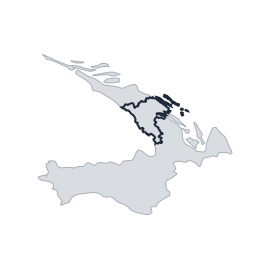 Zadarska highlighted on a map of Croatia, rotated 169°
{"feature_id": "HRV-1493", "entity_name": "Zadarska", "entity_type": "County", "adm_level": 1, "iso_a3": "HRV", "parent_name": "Croatia", "parent_adm1": "", "projection": "equal_earth", "projection_center": [15.553, 44.407], "detail": "fine", "context": "in_parent", "style": "outline", "palette": "slate", "viewbox_px": 256, "rotation_deg": 169, "n_neighbors": 0, "source": "natural_earth", "source_scale": "10m", "svg_char_len": 9026}
<svg xmlns="http://www.w3.org/2000/svg" viewBox="0 0 256 256"><g transform="rotate(169 128 128)"><path d="M32.5,82.6L33.8,84.3L42.5,86.4L44.3,85.5L45.5,84.1L45.5,83.2L46.3,82.9L49.3,84.3L58.7,84.1L60.6,83.1L64.2,77.1L65.4,76.6L66.1,76.8L66.7,78.6L68.0,80.3L72.7,84.2L74.5,84.7L76.3,83.6L78.1,83.3L83.2,85.4L87.6,85.8L90.8,84.7L89.2,81.5L89.0,79.9L89.2,78.5L91.4,77.1L91.3,76.5L88.6,74.0L88.8,73.4L94.6,70.6L100.2,69.0L101.2,67.8L101.9,62.6L101.6,59.9L99.3,57.3L99.2,56.0L99.7,54.6L100.6,53.4L105.5,52.0L112.6,49.0L114.8,46.2L116.1,45.7L120.1,46.1L120.9,45.4L120.3,41.4L121.0,40.4L123.1,39.2L126.6,39.7L129.5,40.7L137.2,44.2L141.2,47.5L143.5,51.1L146.6,54.0L150.5,56.0L153.5,58.7L155.8,62.1L159.0,64.0L163.1,64.4L165.6,65.6L166.7,67.6L169.0,69.3L172.3,70.9L177.5,71.7L190.5,72.5L196.3,70.6L200.6,65.9L202.4,66.2L208.5,64.9L208.1,67.7L206.3,69.0L208.2,71.9L210.1,76.6L209.1,79.0L210.4,80.8L214.1,82.7L213.0,83.2L212.2,84.8L212.2,87.6L215.2,90.3L223.1,93.3L225.4,95.6L225.5,96.7L225.1,97.3L219.0,97.6L216.7,96.3L216.5,98.3L214.3,98.9L215.7,105.9L215.2,107.9L214.4,108.6L212.7,108.3L212.3,108.9L212.7,110.4L210.5,110.6L207.0,109.8L205.4,108.5L205.0,105.8L203.9,103.6L201.1,101.5L195.3,101.1L188.5,99.0L183.6,99.7L178.9,98.7L174.9,101.5L172.9,101.4L168.8,98.0L167.6,97.8L164.0,99.5L162.6,99.6L156.6,97.7L154.5,97.5L152.9,98.1L150.0,97.4L143.1,92.9L138.9,96.3L130.3,95.5L127.7,97.8L124.8,102.3L122.5,104.4L120.4,103.6L117.9,101.7L113.6,96.6L111.5,95.7L109.0,95.5L106.8,96.1L105.7,97.1L104.0,111.0L104.0,114.9L108.8,118.5L114.4,124.8L116.2,125.5L117.1,127.5L120.0,138.7L122.8,142.7L132.6,151.9L136.8,157.7L149.3,169.2L154.8,171.2L155.7,172.3L155.7,176.7L156.4,178.4L160.1,183.1L167.6,189.9L168.5,191.5L168.8,192.7L168.3,193.6L166.3,194.5L157.7,186.8L150.9,182.5L143.2,174.6L133.0,171.5L126.1,168.0L117.3,169.6L114.4,169.6L112.4,169.0L110.9,166.9L110.9,163.0L106.8,159.6L101.3,156.3L96.1,152.0L85.6,140.6L83.5,136.9L88.9,135.5L95.1,136.3L88.4,131.4L78.8,121.9L76.0,117.4L75.7,112.6L76.4,106.0L74.7,101.3L67.3,95.2L64.7,92.0L59.2,90.1L56.8,90.3L55.3,92.6L54.2,97.9L45.1,111.9L41.6,111.8L37.8,105.2L34.0,100.1L33.2,94.8L30.5,84.1L32.5,82.6ZM195.3,211.2L195.4,212.8L198.1,216.8L185.9,207.9L174.5,200.7L166.4,199.0L155.3,193.2L148.1,191.1L154.0,190.7L171.1,198.4L169.1,196.3L171.6,195.5L173.7,196.1L175.0,198.6L184.6,205.4L190.8,209.4L195.3,211.2ZM62.4,119.5L62.2,121.1L60.1,119.0L59.2,115.2L56.7,109.1L56.3,107.4L57.7,105.7L57.6,103.9L55.8,98.6L57.4,97.7L58.2,97.6L58.6,101.3L59.4,103.4L61.8,106.1L61.3,110.4L61.8,116.6L62.4,119.5ZM73.2,105.8L69.1,106.7L67.2,105.1L66.7,103.7L63.3,103.3L60.9,100.5L63.8,98.5L65.3,95.1L70.9,102.0L73.2,105.8ZM139.3,179.9L134.0,180.0L129.4,179.2L127.1,177.9L128.0,174.8L133.1,175.1L140.9,176.4L142.9,178.0L142.3,178.7L139.3,179.9ZM153.1,186.3L150.7,186.7L135.8,186.4L131.4,185.5L125.6,182.4L130.4,181.7L135.0,182.4L136.4,184.1L153.1,186.3ZM85.7,133.5L84.9,134.6L76.5,127.0L75.6,124.4L71.5,119.3L70.9,117.8L74.6,121.3L76.1,121.6L79.7,124.9L83.2,129.2L87.4,132.9L85.7,133.5ZM134.8,191.9L141.1,193.2L145.6,192.6L149.8,193.4L153.0,195.4L145.9,195.0L141.6,196.4L137.8,195.6L136.4,194.7L135.4,193.6L134.8,191.9ZM85.7,151.5L86.1,152.5L83.9,152.1L75.8,142.6L74.9,140.8L77.8,143.0L85.7,151.5ZM71.3,111.5L74.7,117.1L71.6,115.4L68.8,114.7L68.2,113.4L69.2,111.3L71.3,111.5ZM167.2,202.0L171.8,205.0L158.3,201.0L161.2,200.6L167.2,202.0ZM91.8,149.2L94.0,152.5L91.9,151.8L89.7,149.8L88.4,147.6L91.8,149.2ZM87.1,145.4L87.6,146.9L83.5,144.0L81.6,141.2L87.1,145.4Z" fill="#d9dde1" stroke="#a8b0b8" stroke-width="1"/><path d="M103.9,107.6L103.8,107.9L103.9,109.0L104.4,109.9L104.9,110.7L105.2,111.5L105.1,112.2L104.5,112.5L103.8,112.7L103.3,113.3L103.3,114.0L103.7,114.7L104.6,116.0L104.7,116.3L105.5,116.8L105.8,117.2L106.0,117.6L106.3,117.9L106.8,117.8L107.1,117.7L107.7,117.7L108.0,117.6L108.2,117.3L108.4,116.9L108.6,116.7L109.1,116.7L109.3,116.9L109.6,118.2L109.9,118.4L110.1,118.3L110.4,118.2L110.7,118.2L111.0,118.7L111.3,119.8L111.7,120.4L112.1,120.6L112.5,120.7L113.3,120.8L113.7,121.0L114.0,121.4L114.1,121.9L114.3,122.5L113.9,122.7L113.8,123.3L113.2,123.9L113.0,124.6L113.7,125.3L114.4,125.4L115.6,124.9L116.3,125.0L116.7,125.5L116.9,126.2L117.1,127.1L117.9,129.2L118.1,130.0L118.1,130.7L117.9,131.0L117.4,131.3L117.4,131.7L117.5,131.5L117.9,131.6L118.5,131.7L119.2,132.1L119.6,132.5L119.7,132.9L119.6,133.6L119.5,134.0L119.1,134.7L119.0,135.2L119.1,135.8L119.4,137.2L120.0,139.0L120.6,139.8L122.0,141.2L122.5,142.0L123.3,143.7L123.7,144.5L124.4,145.1L124.8,145.4L125.1,145.6L125.5,145.6L126.3,145.5L126.7,145.7L127.1,146.3L127.3,147.0L127.5,147.5L129.0,148.0L129.6,148.4L130.1,149.0L130.5,149.5L129.4,149.4L128.6,149.6L127.4,150.3L126.8,150.9L126.7,151.3L126.2,151.6L125.6,151.6L124.6,151.3L124.4,150.9L123.9,150.7L123.7,150.6L123.3,150.7L123.0,151.0L120.6,151.6L119.9,151.7L119.3,151.5L118.5,151.3L118.2,150.9L118.0,150.5L118.0,150.2L118.0,149.3L118.0,148.7L118.0,148.1L117.8,147.5L117.8,147.1L117.8,146.9L117.6,146.6L117.2,146.6L116.3,147.4L115.9,147.6L115.6,147.6L115.0,147.5L114.2,147.5L113.9,147.5L113.7,147.9L113.6,148.1L113.7,148.3L113.8,148.7L113.8,148.9L113.7,149.0L113.1,149.2L112.9,149.4L112.8,149.7L112.9,150.3L112.7,150.4L111.5,150.6L111.3,150.7L110.7,151.1L110.1,151.8L109.8,152.0L109.7,152.0L109.4,151.9L108.6,151.1L107.4,150.7L107.0,150.7L106.3,150.8L106.2,150.8L105.7,150.5L105.4,150.6L105.2,150.8L105.3,151.1L105.7,151.5L105.7,151.8L105.4,152.2L105.2,152.3L104.7,152.6L104.5,153.3L104.4,153.6L104.1,153.8L103.9,153.8L103.7,153.8L103.1,153.5L102.3,152.9L102.2,152.9L100.9,153.9L100.7,154.0L99.4,153.0L98.6,152.6L97.7,153.5L96.9,152.4L96.5,151.9L96.0,151.8L95.5,151.7L95.2,151.6L94.6,151.2L94.1,150.3L92.2,148.2L91.4,147.0L90.7,146.4L90.1,146.1L88.7,144.5L88.7,144.4L87.2,142.8L86.8,142.6L86.5,142.4L86.4,142.1L86.5,141.6L86.0,141.3L84.2,139.6L84.8,138.8L84.5,137.9L83.8,137.0L83.1,136.6L83.5,136.1L84.1,135.8L84.7,135.9L84.9,136.7L85.3,137.2L86.0,136.9L86.4,136.2L85.6,135.7L85.9,135.6L86.1,135.7L86.3,135.7L86.1,135.2L87.7,136.0L88.4,136.8L88.8,137.1L89.3,137.2L88.8,135.7L89.1,135.6L89.3,135.5L89.5,135.1L89.1,135.0L88.7,134.6L88.4,134.2L88.1,133.6L88.8,133.9L89.7,134.6L90.7,135.0L93.1,136.2L93.6,136.4L96.2,136.8L97.0,136.8L97.1,136.3L96.6,136.0L94.4,135.7L94.2,135.5L93.2,134.3L93.0,134.2L89.7,132.7L89.2,132.2L90.0,130.7L90.4,130.2L90.7,130.1L90.9,130.1L91.2,130.2L91.6,130.4L92.3,131.0L92.8,131.6L93.1,131.8L96.2,132.1L96.5,132.5L97.6,133.7L97.9,133.0L98.3,132.8L98.7,132.8L99.1,132.6L99.4,132.3L100.0,131.6L100.3,131.1L100.5,130.6L100.6,130.2L100.6,129.9L100.2,129.5L100.1,129.4L100.1,129.1L99.4,128.6L99.2,128.5L99.2,128.2L99.3,128.0L99.5,127.8L101.2,126.6L100.7,125.2L100.2,124.6L98.2,122.8L98.1,122.6L98.0,122.4L98.2,122.1L98.3,122.0L98.0,120.7L97.8,120.5L97.3,120.0L97.2,119.7L97.2,118.9L97.0,118.2L96.9,117.8L96.7,117.5L95.9,117.0L95.7,116.8L95.3,116.5L95.2,116.1L95.2,115.7L95.3,115.5L95.5,115.5L96.7,115.5L97.0,115.5L97.2,115.4L97.6,115.1L98.0,114.9L98.3,114.7L99.2,114.1L99.4,113.9L99.5,113.6L99.5,113.4L99.3,113.2L98.8,113.1L98.6,113.0L98.2,112.8L97.7,112.5L97.2,112.2L96.9,111.8L97.0,111.7L97.7,111.3L98.1,110.9L98.3,110.0L98.2,109.4L97.4,108.3L97.3,108.1L97.2,107.9L97.3,107.7L97.5,107.4L97.9,107.0L98.1,106.9L98.4,107.0L99.1,107.3L99.8,107.8L100.0,107.9L100.7,107.6L101.3,107.0L101.6,107.1L102.4,107.5L102.9,107.7L103.1,107.8L103.6,107.8L103.9,107.6ZM84.2,150.3L86.6,151.9L86.7,152.4L85.9,152.6L84.2,151.4L83.8,151.5L84.0,151.7L84.2,152.1L85.1,152.7L85.2,152.8L85.5,153.0L85.8,153.0L86.0,153.0L86.0,153.4L85.9,153.6L85.5,153.4L85.2,153.1L83.9,152.3L83.4,151.9L82.9,151.3L81.6,149.4L80.8,148.5L79.5,145.8L78.8,145.2L77.9,144.8L75.1,142.0L75.0,141.5L74.8,141.1L74.4,140.4L74.6,140.4L74.8,140.4L75.5,141.2L77.4,142.6L77.9,143.6L78.1,143.7L78.6,143.9L78.9,144.1L79.2,144.3L79.6,144.0L79.4,144.6L79.9,144.7L80.2,144.9L80.3,145.4L80.3,146.0L80.5,146.5L80.8,146.9L82.3,148.5L82.7,148.7L83.2,148.8L83.3,149.0L84.2,150.3ZM89.5,149.5L89.3,149.0L88.4,148.1L88.1,147.6L88.8,147.6L89.3,147.8L91.1,149.1L92.2,149.4L92.3,149.6L92.4,150.4L92.5,150.6L92.7,150.8L93.1,151.0L93.4,151.2L93.7,151.5L93.9,151.9L94.2,152.5L94.3,153.0L93.8,152.7L93.0,152.6L92.9,152.4L92.8,152.2L92.7,152.1L91.8,151.8L91.4,151.6L91.1,151.2L91.3,150.9L90.9,150.7L90.3,150.3L89.7,149.9L89.5,149.5ZM87.9,147.3L87.5,146.9L87.2,146.3L86.9,145.9L86.5,146.1L86.3,146.1L86.3,145.9L86.0,145.5L85.7,146.0L85.1,145.5L84.4,144.8L83.5,144.1L82.3,142.7L81.7,142.3L81.8,142.1L81.5,141.0L86.9,145.2L87.7,146.0L87.9,147.3ZM72.7,131.7L73.0,132.1L73.1,132.9L72.8,133.2L72.3,133.0L71.9,132.8L71.3,132.3L71.4,131.9L71.7,131.4L71.5,130.0L71.8,129.9L72.2,129.9L72.6,130.1L72.9,130.5L72.9,130.9L72.7,131.5L72.7,131.7ZM71.4,135.4L71.9,135.7L72.5,136.2L72.4,136.5L71.9,136.5L71.6,136.6L71.4,136.8L71.0,136.7L70.7,136.3L70.7,135.9L71.1,135.9L71.2,135.4L71.4,135.4ZM66.5,133.3L67.5,133.9L68.1,134.7L68.0,134.8L67.4,134.5L66.0,133.4L65.9,133.0L66.5,133.3ZM74.2,141.6L74.4,141.5L74.6,141.5L74.9,141.6L75.0,142.0L74.6,142.1L73.9,141.9L73.4,141.4L73.5,140.7L73.6,141.2L73.9,141.5L74.2,141.6Z" fill="none" stroke="#1e293b" stroke-width="2"/></g></svg>